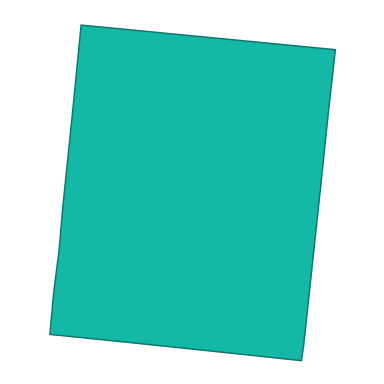 Price, Wisconsin, United States of America, rotated 186°
{"feature_id": "52423323B96730410182641", "entity_name": "Price", "entity_type": "district", "adm_level": 2, "iso_a3": "USA", "parent_name": "United States of America", "parent_adm1": "Wisconsin", "projection": "equal_earth", "projection_center": [-90.356, 45.68], "detail": "fine", "context": "isolated", "style": "filled", "palette": "teal", "viewbox_px": 384, "rotation_deg": 186, "n_neighbors": 0, "source": "geoboundaries", "source_scale": "gbopen_adm2", "svg_char_len": 316}
<svg xmlns="http://www.w3.org/2000/svg" viewBox="0 0 384 384"><g transform="rotate(186 192 192)"><path d="M64.3,348.5L319.7,346.4L319.1,256.5L318.9,165.6L318.1,120.4L319.0,79.3L318.5,35.5L215.4,35.8L65.6,35.7L64.9,50.4L64.6,213.3L64.7,288.4L64.3,348.5Z" fill="#14b8a6" stroke="#0f766e" stroke-width="1.5"/></g></svg>